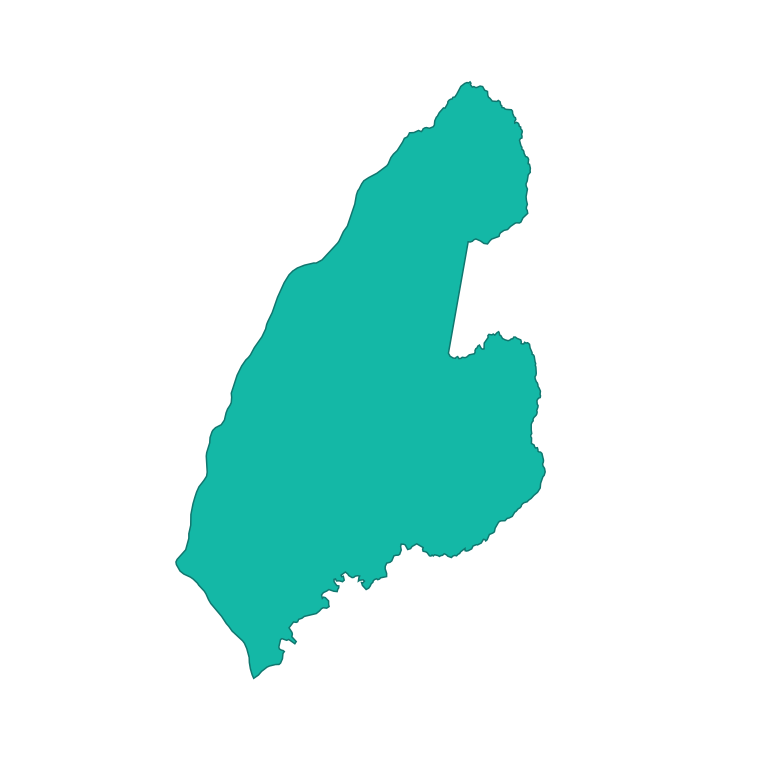 Conceição do Araguaia, Pará, Brazil (Natural Earth projection), rotated 190°
{"feature_id": "56859067B33954079822227", "entity_name": "Conceição do Araguaia", "entity_type": "district", "adm_level": 2, "iso_a3": "BRA", "parent_name": "Brazil", "parent_adm1": "Pará", "projection": "natural_earth1", "projection_center": [-49.589, -8.207], "detail": "fine", "context": "isolated", "style": "filled", "palette": "teal", "viewbox_px": 768, "rotation_deg": 190, "n_neighbors": 0, "source": "geoboundaries", "source_scale": "gbopen_adm2", "svg_char_len": 6144}
<svg xmlns="http://www.w3.org/2000/svg" viewBox="0 0 768 768"><g transform="rotate(190 384 384)"><path d="M473.2,99.6L469.3,91.3L468.2,86.2L466.1,80.3L463.4,74.8L461.2,71.5L457.1,75.6L454.7,79.7L450.0,84.9L447.8,86.4L442.1,88.9L438.7,89.6L437.4,91.2L436.3,95.8L436.7,101.1L435.7,103.2L437.1,104.0L438.8,104.1L441.0,104.9L441.9,106.7L441.5,114.3L440.3,115.5L435.4,114.7L433.4,115.9L426.7,112.7L425.7,115.1L430.9,119.1L430.8,121.7L431.5,123.4L435.2,127.4L431.8,133.9L429.1,134.0L427.8,134.8L427.2,137.4L424.1,139.1L422.1,141.3L410.8,146.2L408.2,149.2L406.5,151.9L405.0,153.1L401.5,153.3L399.4,155.3L400.2,157.2L400.9,160.7L404.7,163.4L406.5,163.6L407.5,162.2L408.9,165.5L407.4,168.1L404.4,170.2L402.6,172.0L397.5,171.2L394.1,171.4L393.9,173.7L393.2,175.3L393.4,177.3L395.6,177.3L398.8,180.6L399.3,182.9L397.9,183.6L396.6,181.8L393.9,182.4L390.5,182.1L389.1,183.9L390.7,187.6L392.2,186.9L393.1,188.3L389.4,192.1L386.8,190.7L385.4,189.2L381.8,187.8L380.2,188.3L379.0,189.7L376.8,190.6L374.6,190.6L375.1,188.8L375.0,185.4L373.8,186.5L370.7,187.5L369.0,186.5L370.3,184.5L371.7,184.6L370.3,181.9L365.9,178.5L363.6,180.3L362.5,182.6L361.9,185.0L360.5,186.8L360.4,188.4L359.2,189.9L357.4,190.9L356.2,190.2L354.5,191.2L353.8,192.5L348.0,194.8L348.5,197.9L350.8,202.3L351.1,204.7L350.2,208.1L347.1,209.5L345.6,211.2L344.4,216.5L342.6,217.4L340.3,217.9L339.0,219.0L338.2,223.5L339.4,226.8L339.3,229.3L336.7,229.6L335.2,229.2L331.9,225.1L329.2,226.5L328.2,228.8L324.0,232.3L317.0,229.7L317.3,228.0L316.5,226.1L313.9,226.0L312.2,225.4L309.4,222.7L307.9,222.7L307.0,223.9L305.6,223.2L304.6,224.6L301.1,224.4L299.4,223.8L298.4,224.8L296.6,225.5L295.2,227.3L292.8,226.6L291.3,225.5L287.5,224.8L286.2,226.6L284.6,227.5L282.7,227.4L281.5,229.2L280.1,230.2L279.4,232.0L275.7,236.1L275.2,233.9L273.8,233.8L272.2,234.4L269.0,236.9L268.2,239.9L265.2,241.8L263.9,241.8L260.6,244.3L259.1,248.3L257.6,248.3L256.6,247.1L255.4,248.5L254.1,254.1L250.9,256.2L249.6,257.6L249.5,261.3L247.2,267.7L246.2,268.9L244.8,269.6L241.1,270.4L239.3,273.1L237.5,273.8L234.7,275.9L233.0,280.5L231.9,281.4L230.1,284.5L228.6,285.6L227.7,287.1L227.5,288.9L226.6,290.3L225.5,291.4L222.5,292.9L221.5,294.6L219.2,296.9L217.1,300.3L214.0,304.0L212.1,308.7L212.5,313.4L211.4,320.2L210.4,321.9L210.0,325.4L211.2,328.7L213.3,331.1L213.9,332.9L213.5,334.8L213.7,336.7L216.4,343.0L218.0,344.1L219.5,344.0L220.7,344.6L221.1,346.3L221.9,347.9L223.7,347.3L224.9,348.5L225.5,349.9L228.5,351.1L229.3,356.5L230.3,357.6L230.6,359.2L229.9,360.8L231.0,364.2L232.0,369.8L231.6,372.0L230.7,373.6L231.1,375.1L230.7,376.8L228.7,379.8L228.3,381.2L228.3,383.0L229.0,384.4L228.4,387.9L228.5,389.5L229.6,390.8L230.5,394.1L230.0,395.7L229.2,397.0L227.8,397.8L227.8,399.5L228.5,400.9L228.7,404.1L230.6,407.0L231.9,408.3L232.3,410.0L233.2,411.7L234.4,412.7L236.0,415.3L236.6,417.4L235.9,419.0L235.9,420.9L237.4,427.2L238.2,428.6L238.2,430.6L239.0,431.9L240.9,437.4L241.9,438.6L243.3,439.0L243.6,440.6L246.4,444.9L247.6,448.4L249.7,449.6L251.2,449.0L252.8,449.5L253.3,447.8L254.6,447.5L256.0,447.7L256.1,449.5L257.0,451.2L261.1,452.1L262.7,453.0L264.3,452.8L265.0,451.0L266.6,450.4L267.8,449.0L269.3,448.2L272.3,448.5L275.2,449.4L277.4,452.0L278.7,452.4L279.3,454.2L280.2,455.4L281.5,454.3L283.4,451.4L285.1,452.2L286.3,451.1L289.3,451.1L290.1,449.6L289.5,448.0L292.4,441.7L291.6,436.0L293.2,435.4L294.5,436.1L296.8,438.9L298.2,437.6L298.6,435.8L299.7,434.7L300.2,432.9L299.8,431.0L300.3,429.5L305.1,427.5L307.4,424.7L308.8,424.0L311.6,423.9L312.7,422.6L314.6,422.0L316.2,423.8L317.5,422.9L318.2,421.7L320.4,421.6L323.7,422.8L325.9,425.5L325.8,538.7L323.8,538.8L321.8,539.9L320.6,541.6L318.7,542.8L314.0,541.7L310.0,539.8L306.4,539.9L304.4,543.7L303.0,545.5L296.3,549.4L296.2,551.5L295.6,553.1L292.5,556.1L289.1,557.6L286.8,561.1L282.7,565.2L281.3,565.8L278.6,566.1L277.3,567.2L276.0,571.7L272.1,577.0L273.1,579.9L274.2,581.0L274.5,583.1L274.0,585.8L275.6,589.5L276.6,593.1L276.6,600.9L278.3,603.5L278.9,605.8L278.2,608.8L278.3,615.0L276.7,617.9L277.2,619.6L277.3,621.8L278.9,625.6L280.3,626.0L280.6,630.3L281.5,631.7L282.7,632.5L284.1,632.6L286.1,635.5L286.6,637.1L287.4,638.4L288.9,639.0L289.3,641.1L290.5,642.4L292.9,647.6L292.2,649.5L290.9,650.2L291.1,652.0L291.9,653.6L291.6,656.4L292.2,657.9L293.7,659.1L294.0,660.8L295.5,661.3L296.3,663.3L297.6,664.4L299.0,664.7L300.5,663.7L300.9,665.6L300.1,667.3L300.8,669.1L302.2,669.6L304.2,672.6L304.9,675.1L306.2,676.2L311.3,675.7L312.7,675.9L313.8,676.8L315.9,676.8L316.3,678.4L317.5,679.1L318.7,682.1L320.7,683.1L321.8,681.9L326.5,681.4L329.3,683.8L330.8,684.5L331.9,686.3L332.9,690.1L335.9,690.8L338.5,694.0L341.1,694.1L344.1,692.1L345.4,691.9L347.1,692.5L348.6,691.7L350.9,693.8L350.6,695.3L351.7,696.5L353.0,695.2L354.6,695.3L356.7,694.0L360.0,690.4L362.7,682.0L364.1,678.9L365.9,678.3L366.5,676.5L367.9,676.0L369.3,674.7L370.1,673.2L370.0,671.3L371.8,666.3L373.4,666.2L376.7,660.8L377.9,657.0L378.8,655.8L379.7,652.0L379.4,647.6L380.2,645.9L383.7,643.7L386.8,643.9L388.3,643.3L389.8,642.0L390.2,640.4L391.2,639.0L394.0,639.7L398.2,636.8L402.5,635.8L403.4,632.6L404.3,631.1L406.6,629.5L407.6,625.7L411.5,616.2L414.6,612.0L416.5,608.2L418.1,601.4L419.1,599.4L427.6,590.3L434.9,584.6L439.1,580.7L440.7,577.3L442.3,571.9L443.4,569.5L444.0,565.4L444.0,556.1L447.5,533.1L450.4,527.1L453.1,517.0L454.1,514.8L466.6,495.4L471.8,491.3L474.1,491.0L483.0,487.2L489.5,483.2L493.4,479.5L496.4,475.2L499.9,466.5L503.9,450.9L506.5,434.9L509.2,425.5L509.9,422.3L510.1,417.6L512.4,409.3L518.0,397.3L520.6,389.4L522.1,386.6L524.3,383.6L527.3,377.0L530.2,367.1L532.8,348.4L531.7,344.4L531.2,339.2L531.9,336.4L533.7,332.2L534.5,328.2L534.9,320.7L537.2,315.6L542.3,311.8L544.5,308.7L545.1,307.0L546.0,301.1L545.4,295.8L546.7,285.6L546.5,282.1L542.8,266.5L542.7,262.4L544.6,257.8L548.4,250.6L549.8,245.1L550.6,239.4L551.3,232.9L551.5,222.0L549.8,211.3L550.2,202.7L549.4,198.2L550.5,186.3L557.3,175.3L558.0,172.6L557.1,170.1L552.4,164.4L548.2,162.1L541.1,160.2L538.1,158.8L533.2,155.5L531.5,153.7L524.9,148.7L522.8,146.3L519.3,141.1L516.4,137.7L503.6,127.0L497.7,120.7L494.7,118.3L490.7,114.3L478.6,106.5L476.4,104.4L473.2,99.6Z" fill="#14b8a6" stroke="#0f766e" stroke-width="1.5"/></g></svg>